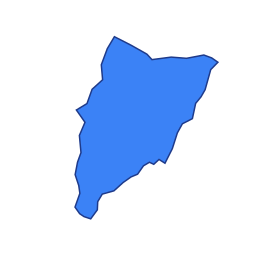 outline of Kalo Chorio Soleas, Cyprus, rotated 205°
{"feature_id": "46923920B82951092544014", "entity_name": "Kalo Chorio Soleas", "entity_type": "district", "adm_level": 2, "iso_a3": "CYP", "parent_name": "Cyprus", "parent_adm1": "", "projection": "mercator", "projection_center": [32.871, 35.119], "detail": "fine", "context": "isolated", "style": "filled", "palette": "blue", "viewbox_px": 256, "rotation_deg": 205, "n_neighbors": 0, "source": "geoboundaries", "source_scale": "gbopen_adm2", "svg_char_len": 701}
<svg xmlns="http://www.w3.org/2000/svg" viewBox="0 0 256 256"><g transform="rotate(205 128 128)"><path d="M79.6,111.7L79.1,128.0L81.2,144.5L80.5,154.8L73.6,163.7L77.1,178.9L75.0,187.1L74.3,195.3L77.7,215.9L74.3,225.6L81.8,226.9L90.1,226.2L104.4,215.9L118.8,210.5L135.2,200.1L142.0,202.9L159.8,204.3L178.9,205.0L180.3,191.2L178.9,174.0L171.4,161.0L176.9,147.9L175.5,132.8L182.4,122.5L169.4,115.0L168.9,100.7L160.2,85.8L159.3,75.7L156.2,63.4L148.3,55.0L144.0,48.4L142.6,33.9L135.6,29.9L130.4,29.1L123.4,29.9L121.2,40.9L124.3,48.4L123.4,57.2L114.2,65.1L109.4,76.5L104.6,84.9L99.8,90.2L98.0,100.3L94.1,106.0L89.3,106.0L86.6,112.6L79.6,111.7Z" fill="#3b82f6" stroke="#1e3a8a" stroke-width="1.5"/></g></svg>